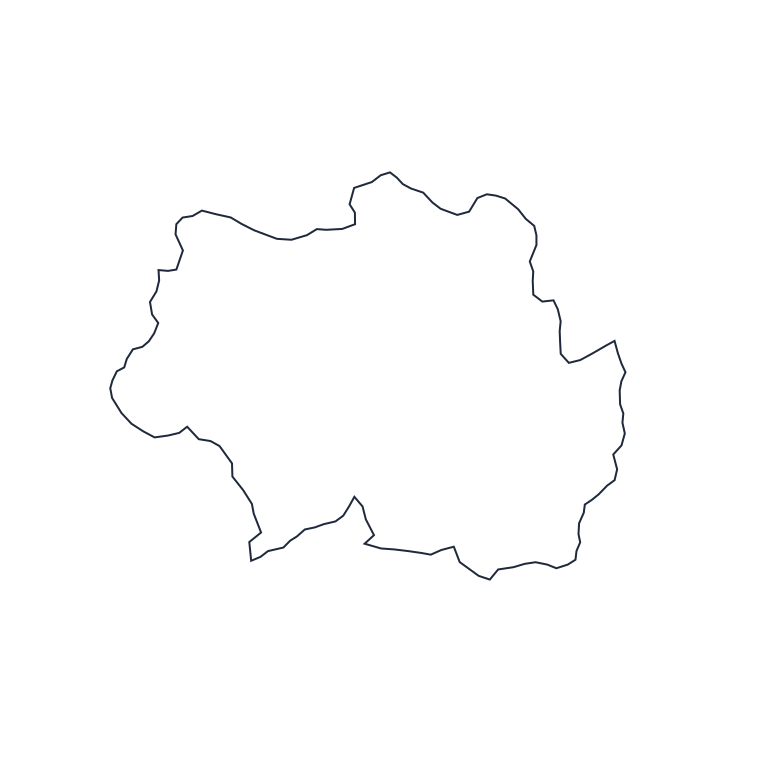 the district of Mariápolis, São Paulo, Brazil, rotated 137°
{"feature_id": "56859067B75086273353759", "entity_name": "Mariápolis", "entity_type": "district", "adm_level": 2, "iso_a3": "BRA", "parent_name": "Brazil", "parent_adm1": "São Paulo", "projection": "orthographic", "projection_center": [-51.172, -21.778], "detail": "fine", "context": "isolated", "style": "outline", "palette": "slate", "viewbox_px": 768, "rotation_deg": 137, "n_neighbors": 0, "source": "geoboundaries", "source_scale": "gbopen_adm2", "svg_char_len": 1978}
<svg xmlns="http://www.w3.org/2000/svg" viewBox="0 0 768 768"><g transform="rotate(137 384 384)"><path d="M363.8,124.9L357.1,130.6L348.5,134.4L344.1,141.6L336.3,149.1L325.7,153.6L319.3,158.9L310.9,157.5L302.3,156.9L290.1,157.5L280.9,156.4L271.7,162.6L264.4,176.1L252.2,177.1L241.6,183.6L236.0,193.1L229.1,199.2L225.2,208.1L216.0,218.6L208.5,224.1L199.4,227.9L196.3,237.2L191.9,247.1L186.0,258.3L195.1,260.6L210.3,264.1L224.2,267.7L234.4,273.4L234.2,285.5L226.4,294.8L219.4,302.9L212.0,309.4L205.9,320.2L203.0,329.6L212.0,336.3L213.9,347.5L205.0,357.9L198.1,364.5L193.8,374.2L177.7,381.7L171.1,388.8L166.3,397.2L167.7,408.0L166.7,420.3L168.9,437.1L173.7,445.5L179.4,452.6L188.9,456.3L204.2,452.0L215.1,457.7L219.2,465.8L223.1,473.6L224.8,483.7L224.8,497.2L230.9,508.5L233.9,517.3L233.9,526.3L235.3,534.7L244.0,538.9L255.2,540.0L272.1,547.8L286.6,538.9L288.4,529.2L296.2,520.6L308.8,525.9L321.0,536.1L327.5,543.1L338.8,545.4L353.3,552.6L363.3,563.2L368.5,573.6L374.1,584.9L379.1,598.5L382.5,610.3L391.1,622.8L398.9,635.0L409.4,637.4L417.8,643.1L426.9,642.5L434.4,635.6L440.0,618.8L457.8,609.3L464.8,614.0L471.2,621.1L477.8,613.1L487.3,606.9L499.2,603.6L506.2,593.0L507.5,582.6L517.5,577.8L527.0,575.6L535.4,576.0L544.0,580.6L554.9,577.8L562.7,573.3L570.7,575.5L580.2,571.8L587.1,567.6L592.4,559.2L595.8,541.8L595.8,527.2L592.4,513.7L588.2,501.4L577.1,493.6L567.1,487.9L557.1,487.0L557.1,470.0L549.8,460.6L546.6,450.8L549.3,429.6L558.0,419.7L559.4,402.3L562.4,386.4L567.7,378.0L575.2,359.2L590.3,360.3L601.7,345.3L592.2,341.8L582.8,340.9L569.1,333.0L559.4,333.4L551.6,331.9L541.1,331.6L532.4,326.3L523.7,322.6L513.2,316.6L503.5,315.5L492.7,318.4L482.6,321.7L483.2,309.1L489.6,297.4L494.4,280.3L507.1,280.4L498.3,265.7L489.3,256.0L480.5,245.6L471.8,234.8L466.2,227.3L455.3,223.5L443.9,217.4L450.1,202.1L445.6,179.1L440.0,168.8L427.0,170.5L414.2,161.7L403.9,156.6L394.7,150.3L387.7,140.5L383.6,131.7L372.8,126.6L363.8,124.9Z" fill="none" stroke="#1e293b" stroke-width="2"/></g></svg>